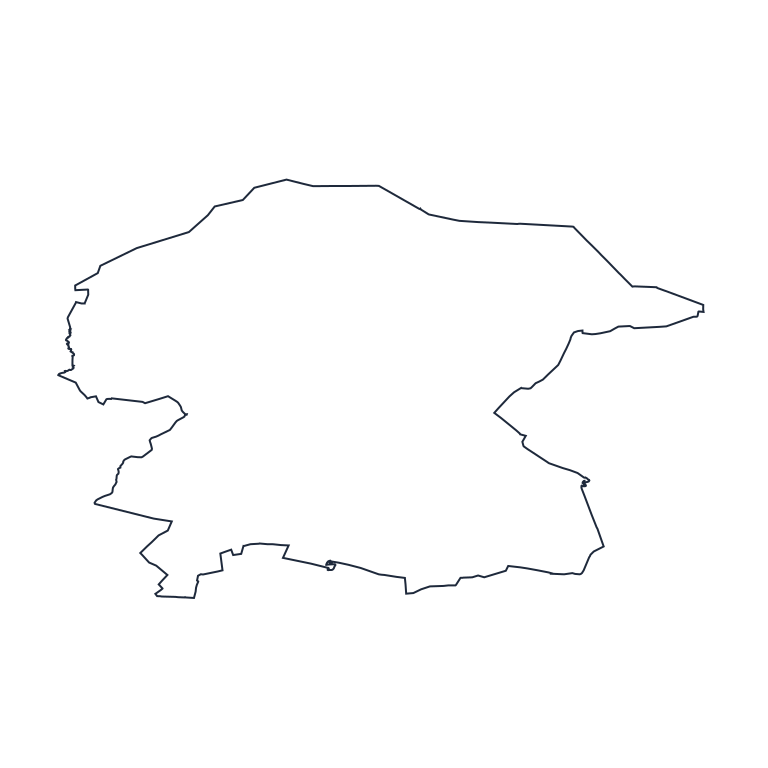 outline of Vilces pag., Jelgava, Latvia, rotated 176°
{"feature_id": "27541924B72553882676759", "entity_name": "Vilces pag.", "entity_type": "district", "adm_level": 2, "iso_a3": "LVA", "parent_name": "Latvia", "parent_adm1": "Jelgava", "projection": "robinson", "projection_center": [23.537, 56.394], "detail": "fine", "context": "isolated", "style": "outline", "palette": "slate", "viewbox_px": 768, "rotation_deg": 176, "n_neighbors": 0, "source": "geoboundaries", "source_scale": "gbopen_adm2", "svg_char_len": 6092}
<svg xmlns="http://www.w3.org/2000/svg" viewBox="0 0 768 768"><g transform="rotate(176 384 384)"><path d="M199.7,181.6L197.8,184.2L191.4,196.9L190.7,197.7L189.9,199.3L186.4,202.3L176.2,206.6L181.2,224.8L181.9,226.2L186.0,239.1L191.7,258.1L194.1,265.8L194.3,267.1L194.1,268.6L193.9,268.8L192.8,268.2L190.8,268.0L190.2,268.1L189.9,268.2L189.7,268.5L189.7,268.8L189.9,269.2L190.3,269.4L191.2,269.5L191.6,269.7L192.0,270.4L192.1,270.8L192.3,271.1L192.8,271.4L192.8,271.5L192.5,272.3L191.5,273.3L190.7,273.4L190.7,273.0L191.0,271.5L190.9,271.4L190.3,271.3L189.7,271.8L189.3,271.9L187.5,272.2L186.6,272.5L186.3,272.8L185.9,273.4L186.1,274.0L187.3,274.7L188.1,275.7L189.6,276.7L190.1,276.5L191.0,276.7L197.1,281.7L204.6,285.1L211.6,287.7L225.0,293.5L225.8,294.1L226.1,294.4L245.4,309.1L248.9,312.0L249.2,312.5L250.0,316.7L246.2,322.4L251.7,324.3L251.9,325.0L255.3,328.5L269.8,342.1L276.0,347.5L271.4,352.0L259.7,362.9L254.8,366.7L247.5,370.5L247.4,370.3L240.5,369.2L238.1,369.5L236.6,370.7L232.7,374.2L229.0,375.6L225.2,377.3L219.7,382.0L208.9,390.8L206.4,394.9L202.3,402.2L199.7,406.5L197.0,411.4L195.0,415.4L194.5,417.1L193.6,418.9L190.9,422.2L186.8,423.3L182.3,423.5L182.4,421.1L182.3,420.9L173.2,419.1L169.5,419.1L164.6,419.5L154.7,420.9L150.0,423.2L146.2,424.9L145.8,424.9L135.0,424.7L134.5,424.6L130.5,422.2L105.5,421.8L98.3,421.8L71.0,429.4L70.4,429.5L67.9,429.3L67.1,429.4L66.7,429.7L66.4,430.1L65.3,434.2L64.9,434.4L60.2,433.6L60.4,436.3L60.0,440.6L96.9,457.3L97.2,457.4L104.2,460.5L104.8,460.8L105.3,461.5L113.3,462.4L127.1,463.9L128.6,463.9L129.4,463.8L136.2,471.6L140.4,476.6L141.9,478.2L152.9,491.3L158.3,497.5L160.9,500.7L166.5,507.1L171.7,512.9L182.9,526.1L184.0,527.6L185.2,527.9L237.1,534.4L238.9,534.4L239.8,534.3L266.1,537.5L278.4,538.9L297.4,541.5L303.7,543.2L327.4,550.0L327.9,550.3L334.5,555.1L335.1,555.6L335.5,556.4L336.0,556.0L336.7,556.3L375.3,582.0L377.9,582.3L405.6,584.0L418.2,584.9L440.9,586.3L450.2,589.2L467.0,594.7L499.7,588.8L512.0,577.4L540.5,572.9L547.9,564.7L568.0,549.2L621.2,536.8L658.7,521.7L661.8,514.6L685.2,503.8L685.4,500.4L685.3,499.1L672.8,498.9L672.6,498.7L672.8,493.7L676.6,486.1L677.0,485.7L677.0,485.2L680.0,485.4L685.5,487.2L685.7,486.6L694.7,472.6L695.1,471.3L693.1,462.4L693.4,461.2L692.7,460.7L693.1,460.3L694.2,459.8L693.8,459.2L693.4,458.9L694.1,458.3L694.3,458.0L694.1,457.8L693.7,457.6L693.2,457.6L693.0,457.4L693.0,456.9L693.2,456.7L694.1,456.3L693.4,454.6L693.6,454.3L694.2,453.9L694.3,453.4L694.5,453.2L695.7,453.0L695.7,452.8L695.6,452.6L695.8,452.3L696.9,452.0L697.6,451.0L697.9,450.8L698.2,450.1L698.1,449.8L696.8,449.0L696.1,448.3L695.6,447.9L695.4,447.5L695.5,447.0L695.8,446.7L696.2,446.5L697.2,446.5L697.5,446.1L697.3,445.7L697.0,445.4L696.6,445.2L696.1,445.1L696.0,444.8L696.0,444.6L696.3,444.2L696.0,443.4L695.7,442.9L695.7,442.6L695.6,442.0L696.4,441.6L696.2,441.1L695.7,441.0L695.2,440.8L694.5,440.9L693.7,440.7L693.6,440.1L694.0,439.4L693.9,438.9L694.3,438.3L693.7,437.9L693.5,437.6L693.2,437.5L692.6,437.5L692.4,437.4L692.4,436.8L691.6,436.1L691.2,435.6L691.1,435.3L691.3,434.3L692.0,434.0L692.9,433.9L693.0,433.4L692.7,432.6L693.1,429.6L693.5,424.5L692.2,423.9L693.3,422.8L692.6,422.2L692.5,421.8L692.9,421.2L695.3,419.8L696.2,419.9L696.9,420.2L698.6,419.2L699.8,419.0L700.8,419.3L701.5,419.2L701.5,418.8L701.2,418.3L701.2,418.1L702.5,417.6L703.9,417.6L706.4,417.1L707.4,416.7L708.0,416.0L707.5,415.7L707.9,415.3L691.4,406.9L687.9,399.0L687.2,397.9L683.4,393.8L681.7,391.5L680.9,390.2L678.2,390.9L677.9,391.2L672.2,391.8L670.1,385.9L665.4,383.2L662.0,388.1L661.5,388.3L660.7,388.4L658.8,388.3L657.2,388.1L656.7,388.7L626.1,383.0L623.7,381.5L609.5,384.7L600.3,386.9L593.3,381.9L591.6,380.6L590.7,379.7L588.9,376.6L588.2,375.1L587.6,371.7L586.6,370.2L584.7,368.1L584.6,367.6L582.8,367.6L583.0,367.1L584.7,367.0L585.1,366.0L585.4,365.4L586.4,364.8L592.2,362.2L593.3,361.6L594.8,360.1L598.9,355.2L600.8,353.1L610.3,349.3L612.5,348.3L615.0,347.4L619.3,346.4L620.0,346.0L621.7,344.2L621.4,342.5L620.9,340.7L620.3,337.5L620.0,335.6L620.3,334.5L629.6,328.4L631.0,327.8L634.9,328.2L640.2,329.2L641.1,329.4L642.1,329.1L647.7,326.8L648.7,326.0L649.5,324.9L649.7,323.7L650.4,322.7L652.7,320.5L652.8,319.0L654.4,318.4L655.3,317.7L655.3,317.4L655.0,316.4L654.8,314.7L655.2,313.1L656.6,312.0L657.0,311.2L657.5,308.0L657.9,307.2L657.6,305.0L657.9,304.4L658.2,304.0L659.0,302.5L660.3,301.2L661.5,299.7L661.9,298.3L662.4,295.5L662.7,294.8L663.2,294.3L663.9,293.8L665.1,293.1L670.3,291.8L672.7,291.0L677.7,288.9L679.2,288.0L681.0,285.7L680.8,284.7L680.6,284.5L623.1,265.8L605.3,261.7L609.9,252.9L619.4,248.7L626.9,242.3L631.6,238.6L638.9,232.4L637.2,230.4L630.8,222.3L623.9,218.7L613.4,208.6L618.9,203.5L622.7,199.8L619.2,195.5L619.3,195.3L621.1,194.0L626.7,190.6L625.1,188.2L622.1,187.9L620.5,187.5L607.0,186.2L604.3,185.7L598.0,185.0L597.5,185.2L597.4,185.0L588.5,183.8L586.4,190.0L585.7,193.9L584.7,196.7L583.2,199.6L583.1,200.0L584.2,201.0L582.9,205.7L580.0,207.0L577.8,206.6L562.8,208.6L558.1,209.4L559.1,226.3L553.5,227.9L548.0,229.4L546.4,223.9L538.3,224.5L535.5,232.2L535.3,232.1L528.4,233.5L519.8,233.4L519.4,233.6L511.3,232.3L505.9,231.9L498.0,230.5L490.4,229.6L496.9,217.6L469.4,209.9L453.1,204.6L452.6,204.5L452.5,204.2L452.2,204.2L452.0,203.6L453.1,203.1L453.1,202.4L452.7,202.2L451.7,202.3L449.6,202.1L448.4,202.3L447.6,202.9L447.0,203.5L446.0,205.6L445.2,206.5L445.1,207.0L445.3,207.4L446.1,207.7L452.4,207.8L454.2,207.6L454.2,208.0L453.2,209.8L452.1,210.9L451.1,211.3L449.9,211.5L449.7,211.3L449.9,211.0L450.4,210.6L450.9,209.8L450.6,209.3L449.5,209.0L448.8,209.2L448.3,209.6L448.4,210.5L447.1,210.2L441.6,208.9L432.0,206.1L420.1,202.1L402.5,194.5L399.7,193.9L397.0,193.5L384.9,190.7L376.7,189.1L376.5,182.5L376.5,173.3L369.3,173.4L361.3,176.6L352.3,178.9L338.7,178.4L334.1,178.6L326.8,178.1L326.5,178.3L326.1,178.7L321.2,185.3L319.0,185.2L318.4,185.3L309.5,185.0L303.5,186.4L297.5,184.2L275.5,189.2L272.8,193.8L260.9,191.6L254.2,190.1L243.6,187.4L233.2,184.6L230.3,183.6L230.6,183.4L230.7,183.1L217.6,181.6L209.3,182.2L206.6,181.2L202.0,180.5L200.9,180.8L199.7,181.6Z" fill="none" stroke="#1e293b" stroke-width="2"/></g></svg>